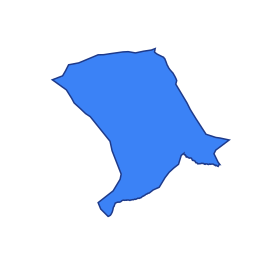 Telmen, Dzavhan, Mongolia, rotated 321°
{"feature_id": "93677404B12487525964315", "entity_name": "Telmen", "entity_type": "district", "adm_level": 2, "iso_a3": "MNG", "parent_name": "Mongolia", "parent_adm1": "Dzavhan", "projection": "robinson", "projection_center": [97.583, 48.784], "detail": "fine", "context": "isolated", "style": "filled", "palette": "blue", "viewbox_px": 256, "rotation_deg": 321, "n_neighbors": 0, "source": "geoboundaries", "source_scale": "gbopen_adm2", "svg_char_len": 4735}
<svg xmlns="http://www.w3.org/2000/svg" viewBox="0 0 256 256"><g transform="rotate(321 128 128)"><path d="M99.5,42.9L104.1,59.6L102.9,69.5L101.9,74.7L103.2,83.1L103.4,84.7L104.1,90.1L105.8,95.4L105.7,127.0L101.3,135.7L93.7,159.5L89.6,162.9L76.9,167.5L57.8,167.2L55.8,173.8L56.9,184.2L57.5,184.4L57.9,184.5L58.7,184.6L59.3,184.7L59.8,184.6L60.1,184.5L61.1,184.2L61.5,184.0L62.1,183.7L62.8,183.4L63.7,182.8L64.4,182.3L64.7,182.1L65.2,181.7L66.0,181.0L66.7,180.5L67.3,180.2L67.9,180.1L68.2,180.0L68.3,179.9L68.6,179.6L68.9,179.4L69.4,179.2L70.4,178.6L70.7,178.5L70.9,178.5L71.0,178.4L71.1,178.5L71.4,178.6L72.9,178.9L73.0,179.0L73.3,179.2L73.5,179.4L73.7,179.5L73.8,179.5L74.1,179.7L74.6,180.2L74.8,180.3L75.1,180.4L75.7,180.7L76.0,180.7L76.4,180.7L76.5,180.7L76.8,180.7L77.0,180.6L77.4,180.6L77.7,180.7L78.0,180.8L78.5,180.9L79.0,181.2L79.2,181.3L79.6,181.9L79.8,182.0L80.0,182.1L80.6,182.5L81.0,182.9L81.2,183.0L81.4,183.1L81.5,183.1L81.6,183.3L81.8,183.3L82.0,183.4L82.5,183.9L82.8,184.1L83.3,184.5L83.7,185.1L83.9,185.5L84.0,185.5L84.5,185.6L84.8,185.7L85.0,185.8L85.2,186.0L85.4,186.0L85.5,186.1L85.8,186.2L85.9,186.3L86.1,186.4L86.3,186.4L86.4,186.5L86.5,186.6L86.6,186.8L86.9,187.0L87.3,187.3L87.6,187.3L87.8,187.3L88.0,187.3L88.4,187.6L88.6,187.8L89.1,188.3L89.4,188.4L89.5,188.3L89.9,188.4L90.1,188.5L90.4,188.6L90.7,188.7L91.0,188.7L91.3,188.7L91.5,188.8L91.7,189.0L91.8,189.1L92.2,189.6L92.3,189.6L92.6,189.6L92.7,189.8L92.8,189.8L93.4,190.0L93.6,190.1L93.8,190.1L94.0,190.3L94.3,190.3L94.6,190.3L94.8,190.4L95.3,190.3L96.0,190.3L96.3,190.3L96.5,190.3L96.8,190.5L97.0,190.6L97.3,190.7L97.8,190.6L98.0,190.6L98.3,190.8L98.6,190.9L100.0,190.8L100.4,190.9L100.6,191.0L100.8,191.0L101.1,191.3L101.3,191.3L101.6,191.2L101.8,191.2L102.1,191.2L102.4,191.4L102.7,191.4L103.5,191.9L108.7,192.0L115.0,193.7L125.5,189.9L132.1,188.3L138.2,187.9L144.4,188.0L152.1,182.8L155.5,182.8L155.2,183.1L155.1,183.3L155.1,183.5L155.1,183.8L155.0,184.0L155.4,184.4L155.5,184.5L155.5,184.9L155.6,185.1L155.6,185.3L155.6,185.5L155.3,185.6L155.2,185.6L155.2,185.8L155.3,186.1L155.4,186.4L155.4,186.6L155.2,186.8L155.0,187.1L155.0,187.3L155.3,187.4L155.5,187.3L155.8,187.5L155.9,187.9L156.0,188.0L156.1,188.4L156.1,188.5L156.1,188.8L156.3,189.1L156.4,189.4L156.6,189.6L156.7,190.0L156.8,190.1L157.0,190.1L157.3,190.3L157.5,190.4L157.7,190.5L157.8,190.7L157.8,190.8L157.9,191.0L158.1,191.2L158.2,191.3L158.3,191.4L158.3,191.6L158.1,192.1L158.0,192.8L157.8,193.4L157.8,193.6L157.8,193.8L158.1,194.0L158.4,194.3L158.7,194.5L158.7,194.9L158.7,195.1L158.8,195.3L159.0,195.5L159.2,195.8L159.2,196.0L159.2,196.3L159.1,196.6L159.1,196.8L159.0,197.1L158.8,197.4L158.8,197.5L159.0,197.6L159.2,197.8L159.3,197.9L159.4,198.1L159.4,198.3L159.5,198.5L159.7,198.8L159.7,199.1L159.6,199.3L159.6,199.5L159.7,199.8L159.9,199.8L160.1,199.9L160.2,200.1L160.5,200.4L160.6,200.5L160.8,200.6L161.2,200.8L161.3,200.9L161.5,201.0L161.8,201.3L162.1,201.5L162.4,201.5L162.5,201.5L162.8,201.6L162.9,201.8L163.0,201.9L163.1,202.0L163.5,202.2L163.7,202.4L163.8,202.5L164.0,202.7L164.0,202.8L164.4,203.1L164.5,203.3L164.5,203.5L164.5,203.9L164.5,204.1L164.6,204.3L164.8,204.4L165.0,204.3L165.0,204.2L165.3,204.3L165.5,204.5L165.6,204.8L165.6,205.0L165.8,205.0L166.1,205.0L166.3,205.1L166.4,205.3L166.5,205.4L166.8,205.7L167.0,205.9L167.0,206.1L167.0,206.3L167.2,206.5L167.3,206.7L167.4,206.9L167.5,207.0L167.8,207.1L168.0,207.2L168.3,207.1L168.6,207.2L168.8,207.3L169.0,207.6L169.0,207.9L169.1,208.0L169.3,208.0L169.5,208.1L169.6,208.3L169.8,208.4L170.3,208.7L170.5,208.9L170.6,209.0L170.8,209.1L171.1,209.3L171.3,209.5L171.5,209.7L171.5,210.0L171.7,210.3L171.8,210.4L171.8,210.5L171.8,211.1L172.1,211.2L172.2,211.3L172.3,211.4L172.3,211.5L172.4,211.9L172.3,212.3L172.6,212.4L172.8,212.4L173.0,212.5L173.3,212.8L173.3,213.1L173.3,213.4L173.4,213.7L173.6,214.1L173.8,214.2L173.9,214.3L174.0,214.4L174.0,214.5L174.7,214.3L174.9,214.2L175.1,214.1L175.4,214.0L175.8,213.9L176.2,213.9L176.4,214.1L176.5,211.3L178.6,202.1L182.3,200.4L199.1,201.0L193.2,193.7L190.3,190.6L184.7,182.0L186.6,163.9L187.8,154.5L188.1,152.4L189.6,145.7L192.7,124.0L195.7,121.8L196.3,120.0L196.9,117.4L197.5,113.5L197.5,113.1L197.4,112.2L197.3,109.6L197.3,108.5L197.4,107.7L197.4,107.0L198.0,104.4L198.0,103.9L198.2,103.3L198.3,103.0L198.7,101.9L199.1,100.8L200.2,97.2L200.1,96.7L200.0,96.2L200.2,95.7L200.1,95.2L199.3,93.7L198.9,92.7L198.6,92.1L197.7,90.2L197.1,88.8L196.8,87.7L196.4,86.1L196.4,85.9L196.5,85.5L196.6,85.4L196.8,85.3L197.2,85.0L197.5,84.8L198.0,84.2L198.3,84.0L198.7,83.7L199.1,83.4L195.2,82.1L188.4,78.1L181.0,74.3L176.2,68.8L171.8,65.6L160.5,58.8L155.2,55.7L150.8,52.3L130.7,46.4L121.6,41.5L115.3,44.3L110.0,46.3L99.5,42.9L99.5,42.9Z" fill="#3b82f6" stroke="#1e3a8a" stroke-width="1.5"/></g></svg>